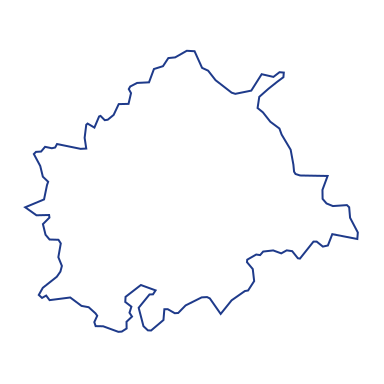 map outline of Cambridgeshire (Mercator projection), rotated 91°
{"feature_id": "GBR-2053", "entity_name": "Cambridgeshire", "entity_type": "Administrative County", "adm_level": 1, "iso_a3": "GBR", "parent_name": "United Kingdom", "parent_adm1": "", "projection": "mercator", "projection_center": [0.071, 52.364], "detail": "fine", "context": "isolated", "style": "outline", "palette": "blue", "viewbox_px": 384, "rotation_deg": 91, "n_neighbors": 0, "source": "natural_earth", "source_scale": "10m", "svg_char_len": 1867}
<svg xmlns="http://www.w3.org/2000/svg" viewBox="0 0 384 384"><g transform="rotate(91 192 192)"><path d="M156.8,350.8L154.6,348.7L154.2,343.6L149.4,339.7L150.7,332.9L149.9,329.6L146.4,327.8L150.8,304.1L150.4,298.5L139.7,300.3L126.6,298.9L125.4,297.6L129.3,290.7L118.1,286.2L117.5,284.8L121.7,280.5L121.2,277.5L116.3,271.7L105.4,266.8L105.0,257.0L94.2,254.7L90.2,257.0L87.6,255.6L83.9,248.8L83.1,236.9L69.7,232.2L66.7,223.2L58.5,218.0L57.7,211.2L50.9,199.7L51.2,191.9L67.7,184.1L70.4,178.0L79.8,170.4L92.0,154.1L93.1,150.4L89.6,134.5L73.0,124.4L75.5,112.6L70.7,106.6L71.0,102.3L75.6,102.6L80.3,108.7L87.3,117.2L95.7,126.4L106.9,127.9L111.1,122.5L120.4,114.9L127.0,105.7L133.0,103.4L148.0,94.1L162.9,91.1L169.9,90.3L172.2,88.8L173.6,84.2L173.6,74.9L173.6,56.7L187.6,61.6L196.6,61.3L201.1,57.3L203.6,50.9L202.4,36.9L204.5,34.6L215.0,33.5L229.6,25.5L236.1,25.9L231.7,51.0L243.1,55.2L244.3,60.2L239.4,66.5L239.5,69.7L256.7,82.9L256.4,85.0L249.4,90.8L248.7,96.3L251.8,101.7L249.0,109.8L250.3,119.8L253.9,122.8L253.4,126.7L258.7,135.6L261.2,135.8L268.0,129.9L280.0,128.3L289.5,134.2L290.1,137.4L299.6,150.5L313.4,161.2L298.1,172.3L296.8,175.1L297.2,180.5L305.5,196.4L313.2,203.7L313.5,207.1L309.6,214.2L309.7,217.6L320.5,218.3L331.2,230.5L331.1,233.7L327.0,238.2L308.7,243.3L295.2,232.7L295.0,229.2L291.0,226.7L285.9,241.5L298.0,256.6L303.1,256.8L307.7,250.6L313.8,252.4L317.6,249.8L322.9,255.2L329.6,255.0L332.8,259.8L333.1,263.2L327.8,278.5L327.8,286.0L323.8,287.4L317.4,284.6L315.0,286.4L309.0,293.3L307.8,300.5L299.6,311.9L302.6,332.5L298.1,336.0L300.5,340.1L297.6,343.4L290.4,339.5L279.1,325.7L273.9,322.2L268.2,320.8L259.5,324.5L245.7,322.3L242.1,324.7L242.0,333.6L237.3,337.7L226.7,340.5L220.1,334.1L217.5,334.5L218.0,347.1L210.2,358.5L202.0,339.8L187.6,337.1L184.3,336.0L179.3,341.4L168.6,344.2L156.8,350.8Z" fill="none" stroke="#1e3a8a" stroke-width="2"/></g></svg>